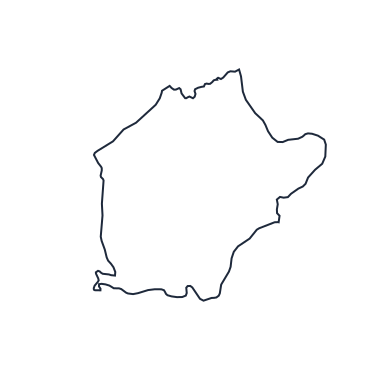 map outline of Kossi (Robinson projection), rotated 233°
{"feature_id": "BFA-2802", "entity_name": "Kossi", "entity_type": "Province", "adm_level": 1, "iso_a3": "BFA", "parent_name": "Burkina Faso", "parent_adm1": "", "projection": "robinson", "projection_center": [-3.893, 12.938], "detail": "fine", "context": "isolated", "style": "outline", "palette": "slate", "viewbox_px": 384, "rotation_deg": 233, "n_neighbors": 0, "source": "natural_earth", "source_scale": "10m", "svg_char_len": 2144}
<svg xmlns="http://www.w3.org/2000/svg" viewBox="0 0 384 384"><g transform="rotate(233 192 192)"><path d="M172.9,54.9L173.7,55.2L174.5,55.9L175.6,57.6L175.8,57.9L176.9,62.7L177.6,64.3L179.4,65.1L184.6,66.2L185.7,66.9L185.6,69.5L184.1,70.5L182.1,70.8L180.4,71.5L176.1,76.1L174.3,77.3L171.6,80.2L174.3,82.6L179.2,84.0L183.4,84.1L187.7,83.7L191.1,84.5L198.5,87.7L207.3,90.4L211.2,92.2L227.1,106.4L236.9,113.0L254.4,128.3L255.9,128.7L258.7,128.3L260.1,128.9L263.5,132.9L265.4,134.3L266.8,134.6L271.6,134.5L280.6,136.0L281.7,137.9L281.7,141.4L280.0,159.4L283.1,175.0L281.0,189.0L283.5,215.5L286.2,222.6L289.5,227.5L290.9,229.0L290.2,238.0L287.3,238.3L284.6,239.2L283.5,240.7L282.7,244.3L280.9,244.7L277.0,243.0L271.1,243.0L270.4,243.8L270.2,245.6L269.8,247.4L266.3,249.2L266.5,251.5L268.2,253.8L271.1,254.8L272.2,256.3L271.6,259.6L270.2,263.0L269.1,265.0L270.4,267.3L269.8,268.9L268.4,270.2L267.5,271.6L267.6,274.3L268.1,276.5L267.6,278.0L266.5,279.7L267.5,280.0L267.5,281.6L264.8,283.1L264.6,285.8L266.0,292.5L265.3,295.3L262.2,298.8L261.5,303.3L254.8,300.7L241.5,293.0L233.2,290.5L216.9,289.9L206.5,291.7L201.4,291.0L194.8,289.3L187.1,288.8L180.5,290.5L177.3,294.5L175.8,300.2L170.7,308.8L169.7,313.4L169.8,315.3L170.0,317.3L169.0,319.9L166.3,322.9L161.2,326.5L154.3,329.1L149.3,327.4L140.1,319.8L136.2,313.0L135.7,303.7L133.7,293.4L130.2,287.6L129.7,283.8L130.7,279.0L131.0,270.0L130.2,265.5L132.3,261.8L135.1,259.3L134.9,255.2L130.6,253.1L127.0,249.3L123.9,247.2L120.3,247.6L115.7,243.0L116.0,242.8L118.1,239.8L122.6,223.9L122.9,221.0L120.1,210.0L120.9,196.1L119.1,189.4L115.2,183.7L109.0,177.8L106.2,173.6L100.5,159.6L94.3,153.2L93.1,151.0L93.1,148.0L94.2,145.9L95.6,143.9L98.3,135.8L101.9,134.1L115.6,134.8L118.0,134.1L119.5,131.9L119.0,129.8L114.5,127.0L113.0,124.7L114.0,121.0L117.1,116.7L121.0,112.8L124.3,110.3L126.3,109.9L128.3,110.3L130.4,110.5L132.7,109.0L136.7,103.8L140.1,97.9L143.7,88.0L145.9,83.5L149.5,79.8L151.2,78.8L157.0,77.1L158.9,75.8L162.2,71.6L164.8,70.6L167.0,69.7L170.3,67.3L173.1,64.5L174.3,62.3L172.6,60.9L169.8,60.7L168.6,59.7L171.5,55.9L172.2,55.2L172.9,54.9Z" fill="none" stroke="#1e293b" stroke-width="2"/></g></svg>